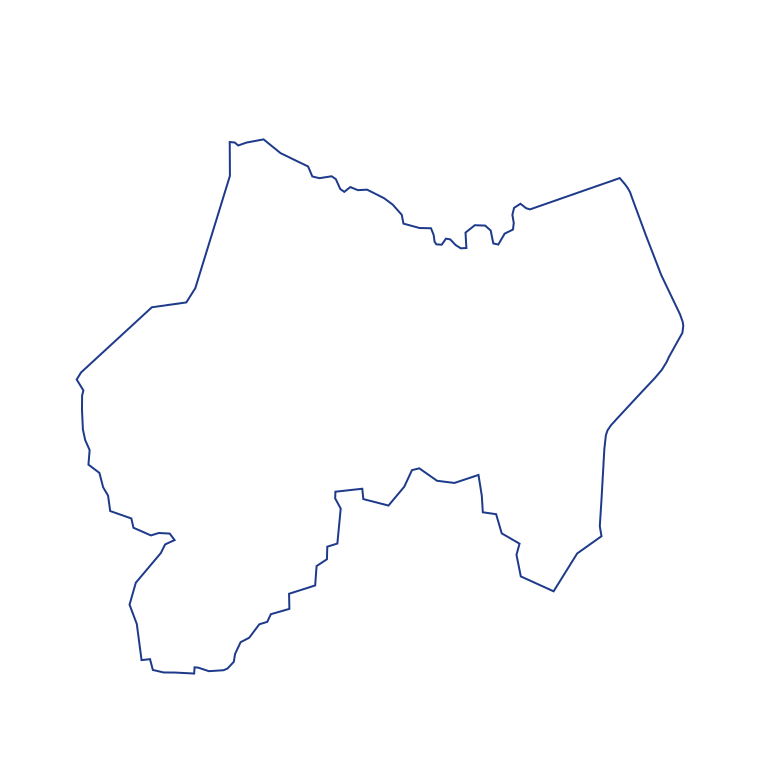 outline of Dolores, Soriano, Uruguay, rotated 172°
{"feature_id": "84410073B84851743743013", "entity_name": "Dolores", "entity_type": "district", "adm_level": 2, "iso_a3": "URY", "parent_name": "Uruguay", "parent_adm1": "Soriano", "projection": "robinson", "projection_center": [-58.32, -33.574], "detail": "fine", "context": "isolated", "style": "outline", "palette": "blue", "viewbox_px": 768, "rotation_deg": 172, "n_neighbors": 0, "source": "geoboundaries", "source_scale": "gbopen_adm2", "svg_char_len": 1923}
<svg xmlns="http://www.w3.org/2000/svg" viewBox="0 0 768 768"><g transform="rotate(172 384 384)"><path d="M121.9,555.1L164.8,546.6L215.1,536.6L218.8,538.3L223.8,543.5L230.7,540.3L233.3,533.7L233.1,525.4L234.8,519.0L243.6,516.1L251.4,506.2L256.2,508.0L257.0,521.2L261.8,526.8L272.0,528.6L282.2,522.6L283.5,507.2L289.1,507.7L293.7,511.6L298.3,518.0L302.4,519.3L307.5,513.9L312.7,515.0L314.1,517.8L314.1,524.8L315.8,531.7L327.0,533.5L342.4,540.1L342.9,549.1L350.4,560.4L358.1,568.0L373.7,578.8L382.9,579.6L390.0,583.7L396.6,579.8L400.2,583.2L403.2,593.6L407.0,597.0L419.3,596.8L426.1,599.5L428.9,610.0L439.0,616.7L454.3,627.0L469.2,643.0L486.8,642.2L495.2,640.5L498.2,643.9L503.1,645.1L507.6,611.6L557.5,505.2L568.4,492.3L603.2,492.3L682.4,437.6L687.7,431.2L682.6,419.5L684.6,414.4L686.7,400.2L688.5,380.8L687.7,370.0L684.7,359.5L687.9,345.3L678.2,335.6L676.5,320.8L672.8,311.9L672.8,296.3L652.9,286.0L652.1,276.5L635.9,266.5L627.7,267.8L617.0,265.7L613.1,258.6L623.1,255.6L628.5,247.7L657.4,221.8L666.7,200.9L662.2,180.8L662.5,144.3L654.0,144.1L652.7,133.0L642.3,129.0L631.4,127.4L612.3,123.7L611.0,129.8L607.5,129.0L597.4,124.0L582.8,122.9L578.6,124.0L571.4,129.8L569.0,137.5L561.9,148.3L552.8,151.5L540.9,163.4L532.7,164.7L528.1,171.8L509.0,174.5L507.2,189.5L480.2,194.1L476.1,213.1L464.9,218.4L462.8,230.8L452.4,232.5L444.2,266.7L448.3,277.5L447.1,284.1L420.1,283.3L420.5,272.9L396.5,263.0L378.2,279.5L368.3,294.8L360.8,295.6L345.0,280.8L328.0,276.2L303.1,280.8L302.7,259.7L304.0,243.2L291.1,239.5L288.2,219.7L272.0,207.0L276.6,196.4L275.3,174.4L244.9,155.1L216.3,189.3L189.8,203.0L190.1,213.1L184.6,239.8L174.8,289.2L171.4,302.4L169.1,307.0L164.8,311.7L157.2,318.0L130.3,339.9L114.6,352.5L107.0,359.3L101.1,366.4L98.1,371.1L86.3,386.7L81.4,393.1L79.5,400.1L79.6,404.2L81.2,411.9L94.3,453.3L104.0,494.9L112.7,535.0L113.6,539.5L115.2,543.7L117.4,548.0L121.9,555.1Z" fill="none" stroke="#1e3a8a" stroke-width="2"/></g></svg>